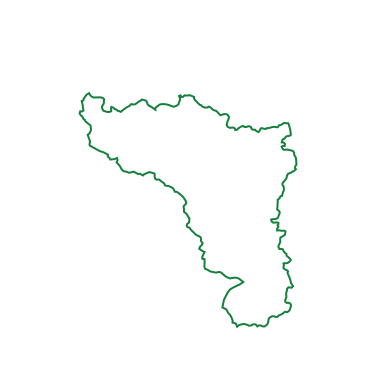 Aimorés, Minas Gerais, Brazil (Robinson projection), rotated 115°
{"feature_id": "56859067B19214757197115", "entity_name": "Aimorés", "entity_type": "district", "adm_level": 2, "iso_a3": "BRA", "parent_name": "Brazil", "parent_adm1": "Minas Gerais", "projection": "robinson", "projection_center": [-41.221, -19.66], "detail": "fine", "context": "isolated", "style": "outline", "palette": "green", "viewbox_px": 384, "rotation_deg": 115, "n_neighbors": 0, "source": "geoboundaries", "source_scale": "gbopen_adm2", "svg_char_len": 5766}
<svg xmlns="http://www.w3.org/2000/svg" viewBox="0 0 384 384"><g transform="rotate(115 192 192)"><path d="M286.2,76.0L284.8,75.2L283.9,73.3L284.0,71.3L283.3,69.6L282.1,68.8L280.7,68.0L278.7,67.8L276.9,68.2L275.6,68.6L274.0,68.9L272.4,68.2L270.6,66.7L270.0,65.1L269.9,63.4L269.1,61.9L267.4,61.3L265.9,60.1L265.0,59.0L263.7,58.4L262.4,57.8L261.1,56.9L260.7,55.0L259.1,54.0L257.9,53.6L256.4,53.7L255.0,54.0L253.5,54.1L252.2,54.9L251.5,56.2L251.5,57.6L252.5,59.2L252.1,61.0L250.7,61.9L249.3,61.9L247.8,61.9L246.1,62.7L244.6,63.6L243.1,64.1L241.3,64.3L239.5,64.9L237.6,64.3L237.1,62.8L236.6,61.2L234.7,60.6L233.7,62.2L232.6,63.9L230.8,65.2L229.0,66.8L227.5,68.4L226.3,69.9L224.8,71.3L223.4,71.4L222.8,72.7L222.9,74.7L222.5,76.7L221.4,77.4L219.6,77.7L218.1,78.9L217.2,77.6L216.5,76.0L215.2,74.9L213.9,74.2L212.1,73.6L211.1,74.7L210.7,76.2L210.2,77.6L209.8,79.3L208.2,80.4L207.8,82.4L206.7,84.3L205.6,85.5L205.8,86.9L206.7,88.6L205.8,89.9L204.7,90.8L202.9,90.9L201.1,90.8L199.5,91.1L197.7,92.1L195.9,92.6L194.4,91.5L192.9,90.5L191.5,89.7L189.7,90.1L188.1,90.8L188.2,92.5L189.0,93.8L189.6,95.4L189.9,97.0L190.9,98.6L189.1,99.4L187.0,99.0L186.0,100.4L184.7,100.1L183.4,100.7L183.9,102.7L184.8,104.1L185.5,105.6L185.0,107.4L183.4,108.6L182.5,107.4L181.6,105.3L180.3,104.0L178.9,103.2L176.8,103.5L175.1,103.5L173.3,103.9L172.2,105.5L171.9,107.3L170.6,108.0L169.3,108.3L167.8,108.9L166.2,109.6L164.5,110.2L163.0,111.1L161.6,110.4L160.0,110.0L158.5,110.0L157.3,108.7L155.1,109.3L153.4,109.5L152.0,109.4L150.2,110.1L148.3,111.3L147.2,113.2L145.4,113.7L144.0,113.2L142.4,112.8L140.3,112.2L138.5,112.4L136.9,112.9L134.8,112.6L133.6,111.4L132.5,110.4L130.9,109.4L129.2,108.1L127.4,107.5L126.8,108.9L125.2,109.3L123.3,108.9L121.5,109.7L120.4,110.4L119.1,111.1L117.9,111.8L116.8,112.6L116.0,113.8L115.0,115.2L113.5,115.9L112.2,117.6L112.4,119.8L112.9,121.9L113.2,123.5L114.1,124.9L115.0,126.9L114.0,128.9L113.1,129.9L111.7,129.0L111.1,127.5L109.2,128.0L108.4,129.5L109.1,131.6L107.6,131.9L105.9,132.0L104.7,130.8L103.1,130.5L101.5,129.8L100.5,128.3L99.6,127.1L98.4,126.6L96.8,127.4L95.6,128.4L94.4,129.0L93.3,129.9L91.8,131.2L90.2,132.5L89.0,133.9L89.8,135.5L90.6,137.8L92.1,138.7L93.2,139.4L94.8,141.3L97.0,141.6L97.7,143.2L98.2,145.0L99.0,146.4L100.3,147.9L101.7,149.6L102.5,151.1L103.7,151.7L104.3,154.0L104.9,156.3L106.3,156.6L107.9,156.6L109.6,157.0L109.6,159.4L108.9,161.2L109.6,162.6L109.8,164.4L108.2,165.9L108.2,168.0L109.1,169.2L110.0,170.1L110.9,171.8L110.5,173.6L111.6,174.8L112.9,175.8L114.3,176.6L115.5,177.2L116.9,177.8L117.5,179.0L116.2,180.2L116.2,182.1L117.0,183.4L117.8,184.6L117.9,187.1L116.7,188.9L115.4,189.2L113.8,189.5L112.2,189.7L110.5,189.8L108.4,190.0L107.7,191.3L106.9,192.4L107.2,194.6L108.2,196.3L109.5,197.7L110.4,198.8L109.8,200.3L109.2,201.8L108.5,203.4L108.3,204.8L108.7,206.8L108.3,208.8L107.5,210.8L107.6,213.0L108.8,213.7L109.6,215.0L110.2,216.8L110.2,218.5L109.5,220.2L109.7,221.8L109.0,223.8L108.3,225.7L107.5,228.0L106.2,229.8L105.0,230.2L105.0,232.0L105.1,233.6L105.4,235.5L106.4,236.6L106.9,237.9L107.6,239.6L109.5,240.3L110.3,241.6L109.3,243.4L110.5,244.3L111.6,243.1L112.7,242.2L114.3,241.7L116.4,241.7L118.2,241.3L120.0,242.2L121.6,243.6L122.5,244.7L122.8,246.8L122.9,249.5L123.3,251.7L124.0,254.1L124.8,255.9L125.5,257.1L126.7,258.5L128.5,259.3L130.1,260.3L131.8,260.7L132.9,260.0L132.5,262.5L132.0,264.8L132.0,267.4L131.2,269.4L130.0,270.3L128.8,272.0L128.8,274.2L129.5,276.7L131.2,277.3L132.6,278.5L134.4,279.4L136.4,280.5L137.5,282.1L138.0,284.2L139.4,284.7L140.7,285.3L142.3,286.5L143.9,287.6L145.3,288.4L146.8,289.2L148.3,289.9L149.5,290.5L149.5,291.9L149.8,293.6L149.3,295.2L149.5,297.2L148.8,298.8L149.0,301.0L150.5,300.8L151.6,299.9L153.0,299.4L154.5,300.9L155.3,302.8L155.6,305.0L155.8,306.5L154.7,308.4L153.1,309.5L151.6,309.8L150.2,309.4L148.3,309.5L146.9,310.4L145.2,310.7L144.5,312.1L144.7,314.4L145.4,316.0L146.2,317.7L147.1,319.4L148.0,321.2L147.8,323.9L147.0,325.5L145.9,327.1L148.6,328.8L151.2,329.2L153.1,329.6L155.0,329.2L156.2,330.4L157.5,329.4L159.2,328.0L164.0,324.8L165.5,325.7L166.1,327.4L168.3,327.1L169.4,325.4L169.9,323.3L171.6,321.5L172.0,319.5L173.0,318.6L174.6,312.1L177.3,310.4L178.7,309.7L180.6,309.7L182.0,309.6L184.3,310.7L189.2,305.8L192.3,305.0L193.3,303.9L193.1,302.2L193.5,300.2L193.4,298.5L193.7,297.0L193.7,295.2L193.9,293.4L193.4,288.3L193.7,284.0L195.5,283.3L196.1,281.0L197.1,279.8L195.0,276.2L192.9,274.3L194.5,272.9L197.0,272.9L197.9,270.6L199.0,268.3L201.0,265.6L202.1,263.0L201.3,259.9L201.2,257.2L198.2,253.4L198.4,250.3L198.5,248.5L197.5,246.9L197.7,243.4L196.2,242.9L191.9,239.0L191.1,233.8L192.7,232.8L194.1,232.2L195.5,231.1L195.8,229.5L194.6,227.2L195.5,223.5L195.9,220.9L197.5,219.2L196.4,215.2L196.4,213.0L196.7,210.7L199.0,207.6L198.3,205.9L198.6,203.7L200.3,197.8L202.6,194.1L204.1,192.6L205.9,192.6L207.2,193.3L208.8,193.5L211.3,191.8L213.3,190.9L214.2,187.6L217.3,183.0L220.8,181.8L223.2,182.9L224.6,182.6L225.7,181.4L225.5,179.0L226.9,176.7L228.0,173.2L229.1,170.4L229.1,166.6L229.5,164.9L230.7,163.9L232.5,163.3L233.9,160.7L235.9,160.7L238.1,161.6L240.4,161.5L240.7,159.9L241.1,157.9L241.0,155.3L246.2,155.3L248.1,154.6L247.6,152.3L250.8,150.7L254.5,149.2L256.1,147.6L255.9,145.3L256.3,141.9L255.6,139.1L254.9,136.1L253.2,134.0L252.7,132.5L252.9,130.6L253.6,128.6L254.3,125.7L254.4,124.1L254.3,121.1L252.8,119.0L251.5,116.9L250.8,114.9L250.7,112.6L251.5,109.2L251.9,107.5L256.0,109.9L257.4,111.3L259.3,112.7L260.9,114.1L263.7,116.0L265.1,116.6L268.3,117.2L270.8,117.3L273.7,117.4L276.1,117.5L283.7,115.7L283.9,111.3L286.5,107.7L287.3,105.5L289.1,103.1L291.5,100.7L293.2,100.2L292.7,96.7L295.0,94.2L293.2,93.4L291.9,92.2L289.6,89.2L289.2,87.1L289.0,85.5L289.2,84.1L287.8,81.8L286.1,80.7L285.4,79.5L285.2,77.9L286.2,76.0Z" fill="none" stroke="#15803d" stroke-width="2"/></g></svg>